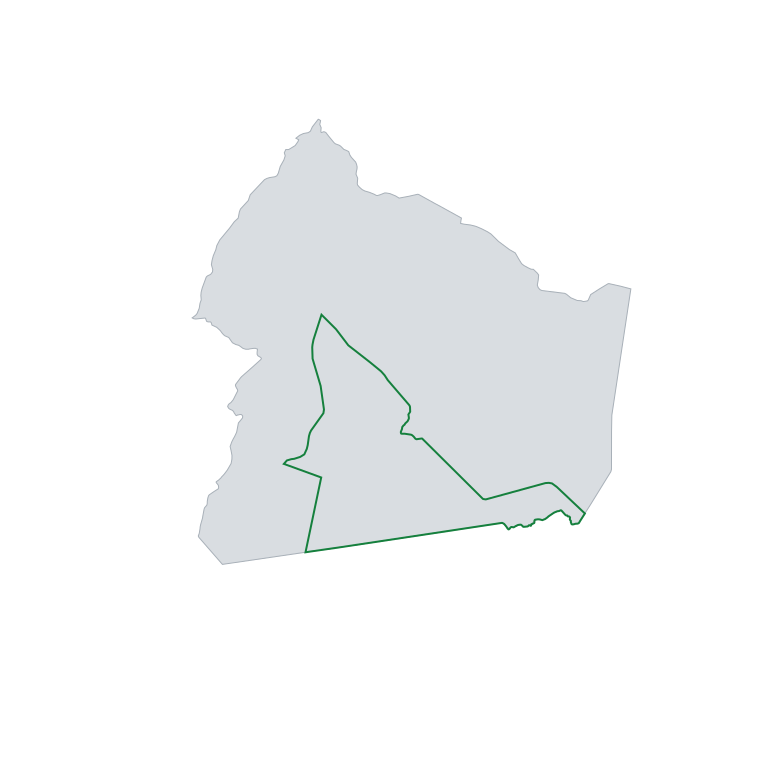 Algeria, with Adrar highlighted, rotated 315°
{"feature_id": "DZA-2143", "entity_name": "Adrar", "entity_type": "Province", "adm_level": 1, "iso_a3": "DZA", "parent_name": "Algeria", "parent_adm1": "", "projection": "albers", "projection_center": [0.561, 25.317], "detail": "medium", "context": "in_parent", "style": "outline", "palette": "green", "viewbox_px": 768, "rotation_deg": 315, "n_neighbors": 0, "source": "natural_earth", "source_scale": "10m", "svg_char_len": 5628}
<svg xmlns="http://www.w3.org/2000/svg" viewBox="0 0 768 768"><g transform="rotate(315 384 384)"><path d="M524.7,150.3L525.2,151.6L525.4,152.9L523.5,154.2L522.2,154.9L520.8,158.3L518.0,160.7L517.5,161.4L517.6,162.0L519.6,162.9L520.3,163.8L520.7,165.1L520.1,169.7L519.3,177.9L519.4,179.6L520.3,181.7L521.1,183.3L521.5,185.1L521.5,189.7L522.6,192.3L523.4,194.7L521.8,197.9L521.2,200.6L521.0,204.5L520.9,207.0L519.9,209.3L518.5,211.5L516.9,212.9L514.9,214.1L512.6,215.8L510.9,219.9L506.8,223.4L506.0,224.6L505.8,227.3L506.0,231.0L506.9,233.9L509.2,238.1L511.2,242.8L511.9,245.2L512.6,246.1L515.2,247.5L519.6,249.4L520.5,250.3L522.8,253.5L525.2,259.3L526.1,263.2L534.1,268.7L541.9,273.6L542.5,274.4L547.6,292.2L549.5,298.5L556.1,321.4L554.0,322.8L551.7,324.6L553.7,327.7L557.5,332.6L559.9,336.5L560.8,338.3L562.8,343.3L564.4,348.2L564.9,349.8L565.7,353.6L565.8,364.2L567.7,377.5L569.5,384.1L567.8,390.3L566.4,396.2L566.7,399.1L568.0,403.6L569.2,406.9L570.7,408.5L570.8,414.2L570.4,416.3L566.6,419.5L562.3,422.5L561.2,424.9L561.0,427.5L561.7,429.5L575.9,447.7L576.5,449.6L577.0,455.0L579.7,461.6L582.2,464.4L583.2,466.6L585.0,468.0L586.7,469.1L587.8,469.1L593.4,466.9L603.6,469.1L613.2,471.5L614.0,472.0L620.3,481.9L625.8,491.3L523.0,567.2L511.5,578.3L484.5,605.2L482.4,606.4L445.2,615.2L425.9,619.5L425.0,619.7L423.9,619.8L423.1,619.7L421.4,619.1L419.4,617.6L418.0,616.9L417.6,615.7L418.4,614.0L419.3,612.6L419.7,611.4L420.3,610.5L421.2,609.8L421.2,608.8L420.5,607.2L419.8,605.0L419.7,600.9L419.7,599.0L417.9,597.5L414.5,595.8L411.4,594.9L410.0,594.6L406.5,594.0L401.8,593.0L400.1,592.3L397.0,588.5L395.5,587.5L388.4,587.0L386.0,586.4L384.1,585.5L382.4,584.3L381.5,582.2L381.2,580.5L380.6,579.7L372.7,575.6L370.7,574.3L369.7,573.0L369.6,571.0L369.8,568.7L369.5,566.6L369.2,565.6L235.6,467.0L228.6,461.7L212.8,449.9L142.2,397.3L144.6,362.6L144.8,360.9L145.3,360.1L147.7,359.0L151.5,356.3L152.9,355.1L154.7,353.9L161.0,350.4L162.3,349.4L168.4,345.2L169.8,344.6L173.0,344.4L174.4,343.6L176.2,341.9L178.9,340.0L180.7,339.1L181.1,338.9L182.2,338.8L187.5,339.8L189.8,340.3L192.5,340.9L193.3,340.7L194.1,340.0L195.2,338.6L195.5,336.9L195.6,335.4L195.8,334.8L196.3,334.5L197.5,334.7L199.0,335.0L202.3,335.1L203.4,334.9L207.0,334.8L212.2,334.1L219.7,332.1L223.3,329.6L226.0,327.0L228.8,322.9L231.0,319.4L235.4,317.3L239.0,316.1L241.0,315.6L245.7,313.9L253.5,308.6L259.8,308.0L260.6,307.5L261.5,306.6L261.6,304.9L260.6,303.7L259.3,303.0L258.5,302.3L257.5,302.2L257.1,301.4L257.4,299.9L257.6,298.5L258.2,297.1L258.1,295.2L257.3,293.2L257.0,291.8L257.2,290.4L257.6,289.3L259.0,288.7L260.5,288.5L262.6,288.9L266.3,288.5L275.7,285.4L276.4,284.4L277.0,282.1L277.8,280.1L278.7,279.4L279.3,279.3L286.8,278.2L288.5,278.1L302.4,279.0L314.4,279.6L315.5,279.2L315.5,277.7L314.8,274.9L315.3,273.2L317.0,271.6L319.2,269.9L318.2,267.7L316.5,266.2L314.1,264.4L312.9,263.7L310.8,261.6L309.5,259.2L308.7,254.1L307.1,251.2L306.0,247.7L307.1,241.3L305.6,237.5L305.4,235.8L305.5,233.8L306.0,230.4L305.8,225.6L304.0,220.7L304.9,219.0L305.3,218.1L305.2,217.4L303.6,215.8L302.9,214.5L303.3,213.3L304.2,211.5L304.1,210.8L301.4,208.6L296.9,205.0L295.7,203.5L295.1,201.6L299.5,202.2L301.7,202.0L306.9,199.8L311.0,196.8L314.2,195.3L317.1,191.9L319.6,189.8L323.3,187.6L333.9,182.7L335.5,182.7L338.9,183.9L342.0,183.5L344.0,181.8L346.3,177.6L349.7,175.1L354.0,172.6L359.9,170.2L363.7,167.9L369.8,166.0L385.0,164.6L392.9,163.4L398.2,163.6L403.5,160.0L406.2,158.8L417.8,158.3L423.2,155.6L443.9,155.0L446.5,155.8L449.0,157.1L453.4,160.3L455.5,161.0L458.3,160.2L464.5,156.8L471.6,154.8L475.5,152.8L477.0,150.0L480.3,148.8L482.3,150.8L489.8,152.6L494.4,151.8L496.4,151.0L495.5,147.9L500.3,148.5L504.1,149.9L508.2,152.7L510.7,153.2L515.2,151.5L524.7,150.3Z" fill="#d9dde1" stroke="#a8b0b8" stroke-width="1"/><path d="M235.6,467.0L212.8,449.9L209.5,447.5L273.5,405.7L256.7,369.7L261.3,369.4L265.3,371.6L267.6,373.4L273.2,376.3L277.9,377.4L283.5,375.3L286.8,373.3L294.1,367.8L297.0,366.2L299.6,365.3L320.5,361.8L323.5,359.6L337.8,340.6L351.4,315.6L359.2,307.3L361.3,305.6L365.5,302.8L388.8,290.8L388.8,311.5L386.1,331.4L389.5,358.9L390.9,373.0L390.6,378.3L389.4,383.9L386.9,416.9L386.5,418.1L386.0,418.8L382.9,422.1L382.6,422.2L379.7,422.8L378.1,425.0L377.5,425.7L377.1,426.0L376.5,426.3L374.3,427.0L371.1,426.9L369.7,427.3L368.5,427.1L366.8,427.3L366.4,427.4L364.8,428.6L363.1,429.3L362.0,429.8L361.4,430.5L361.1,431.1L361.2,431.4L361.5,431.8L363.4,433.7L367.1,438.7L367.4,439.2L367.7,440.2L367.8,442.3L367.5,444.8L367.7,445.5L368.0,446.1L372.0,449.1L372.4,449.6L372.4,450.0L372.7,535.2L373.2,536.0L374.4,537.6L428.1,568.2L430.7,570.5L432.5,573.1L433.4,579.0L434.5,617.6L425.9,619.5L424.0,620.0L423.3,620.1L422.7,619.9L422.1,619.6L420.6,618.2L419.0,617.4L418.0,616.6L417.6,616.0L417.6,615.6L418.4,613.8L419.3,613.0L419.5,611.5L419.7,611.1L421.1,610.0L421.3,609.4L421.3,608.8L420.4,607.6L420.6,606.6L420.1,606.1L419.7,605.2L419.7,604.2L420.0,598.9L419.9,598.6L419.6,598.2L417.9,597.6L416.5,596.5L413.3,595.2L406.6,593.9L405.3,593.9L402.8,593.5L402.3,593.4L400.9,592.7L400.0,592.4L399.7,592.2L398.7,590.4L397.9,589.3L396.9,588.3L395.0,586.9L394.6,586.8L394.0,586.9L393.5,587.2L392.5,588.2L391.9,588.5L390.0,587.9L389.3,587.5L389.0,587.4L388.7,587.5L388.0,588.1L387.5,588.0L386.9,586.7L386.6,586.4L385.2,586.4L384.7,586.2L381.8,583.8L381.5,583.4L381.5,581.5L381.4,580.5L380.9,579.8L379.3,578.6L378.3,578.1L377.4,578.0L377.0,577.7L374.5,577.1L374.1,576.8L373.2,575.4L372.9,575.1L372.3,575.0L371.8,575.0L370.3,575.2L369.4,575.0L369.2,574.7L369.2,573.5L369.7,571.2L370.0,568.3L370.0,567.8L369.5,566.1L369.2,565.6L235.6,467.0Z" fill="none" stroke="#15803d" stroke-width="2"/></g></svg>